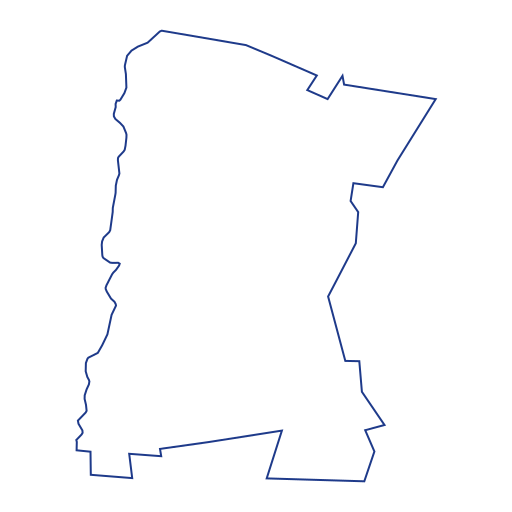 Sullivan, New Hampshire, United States of America (Mercator projection)
{"feature_id": "52423323B69622605067069", "entity_name": "Sullivan", "entity_type": "district", "adm_level": 2, "iso_a3": "USA", "parent_name": "United States of America", "parent_adm1": "New Hampshire", "projection": "mercator", "projection_center": [-72.337, 43.365], "detail": "fine", "context": "isolated", "style": "outline", "palette": "blue", "viewbox_px": 512, "rotation_deg": 0, "n_neighbors": 0, "source": "geoboundaries", "source_scale": "gbopen_adm2", "svg_char_len": 1591}
<svg xmlns="http://www.w3.org/2000/svg" viewBox="0 0 512 512"><path d="M161.7,30.7L159.8,31.5L147.6,42.7L137.9,46.6L131.5,50.6L127.1,55.8L124.9,65.3L124.8,66.9L125.9,74.1L126.4,87.6L124.4,93.1L120.4,99.7L119.3,100.7L116.8,100.5L115.6,103.9L115.7,107.1L113.8,113.9L113.9,116.4L115.4,119.0L120.1,123.0L123.4,126.5L126.1,133.1L126.5,134.8L126.4,137.8L125.5,145.8L124.7,149.8L123.6,151.5L118.7,156.7L118.0,158.0L117.9,160.2L119.4,173.5L118.9,175.3L117.0,179.8L115.8,185.6L115.6,192.9L115.3,194.8L112.8,207.9L112.7,212.0L111.7,219.4L110.2,230.2L109.2,232.1L103.7,237.5L102.1,241.4L101.7,244.9L102.3,255.1L102.6,256.7L103.5,258.1L110.1,262.6L112.5,262.9L118.2,262.8L119.7,263.7L119.1,265.5L116.0,269.9L113.3,272.6L112.1,274.3L108.2,281.9L108.2,282.0L106.5,285.2L105.6,287.8L105.7,289.0L106.8,291.6L111.0,298.6L114.5,301.8L115.7,304.1L116.0,305.6L111.6,314.8L107.4,334.4L102.1,345.4L97.8,352.9L88.3,357.7L87.5,358.7L85.9,363.0L85.7,371.3L87.3,376.9L89.0,380.1L89.4,381.6L89.3,381.9L88.9,384.4L86.6,389.4L84.7,395.3L84.6,398.9L86.0,404.9L86.6,410.8L85.7,412.5L77.9,420.6L78.5,423.8L82.4,430.4L82.6,432.8L81.6,434.5L76.3,440.0L76.8,441.9L76.6,450.2L76.6,450.3L90.5,451.7L90.8,474.8L132.2,478.1L129.2,453.8L161.2,456.2L160.0,448.9L208.4,442.1L281.9,430.6L266.7,478.4L364.3,481.3L374.4,451.5L365.2,430.2L384.5,425.0L361.9,391.8L359.3,361.2L345.3,360.9L328.1,296.5L336.1,281.2L355.8,243.3L358.2,212.1L350.6,201.0L353.4,183.2L382.9,187.2L397.5,160.4L435.7,99.1L344.1,84.6L342.5,75.8L327.6,99.1L307.3,90.1L316.8,75.5L271.8,55.9L246.0,45.1L161.7,30.7Z" fill="none" stroke="#1e3a8a" stroke-width="2"/></svg>